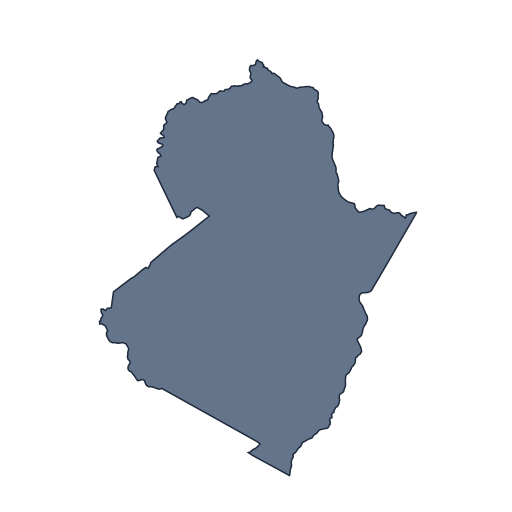 Pedra Preta, Mato Grosso, Brazil (Albers equal-area conic projection), rotated 300°
{"feature_id": "56859067B80080271615532", "entity_name": "Pedra Preta", "entity_type": "district", "adm_level": 2, "iso_a3": "BRA", "parent_name": "Brazil", "parent_adm1": "Mato Grosso", "projection": "albers", "projection_center": [-54.182, -16.79], "detail": "fine", "context": "isolated", "style": "filled", "palette": "slate", "viewbox_px": 512, "rotation_deg": 300, "n_neighbors": 0, "source": "geoboundaries", "source_scale": "gbopen_adm2", "svg_char_len": 6103}
<svg xmlns="http://www.w3.org/2000/svg" viewBox="0 0 512 512"><g transform="rotate(300 256 256)"><path d="M413.6,241.0L414.1,239.6L415.3,237.8L415.8,236.6L417.3,235.4L419.0,234.1L419.9,232.2L421.4,231.3L423.1,231.3L424.8,230.2L426.6,229.3L428.5,228.4L429.5,226.8L429.5,225.1L429.5,223.0L430.4,221.3L429.6,219.3L429.5,217.5L428.5,216.0L427.4,214.1L426.2,212.8L425.1,211.1L423.8,209.2L422.3,208.2L421.4,206.4L421.5,205.0L420.9,203.6L420.2,201.5L420.0,199.7L419.9,197.7L420.0,195.7L419.8,193.9L419.7,192.4L420.3,191.0L421.0,189.8L421.8,188.7L422.4,187.4L422.6,185.6L422.9,183.0L423.2,181.2L423.0,179.6L421.9,178.8L423.1,176.6L423.1,173.7L424.4,171.6L423.5,170.5L424.2,168.7L423.4,167.6L425.1,167.2L425.7,165.8L426.7,164.6L426.2,162.5L426.2,160.7L426.6,159.1L424.7,158.8L421.5,159.8L419.3,158.1L418.5,156.4L416.8,156.1L413.9,157.2L411.7,160.2L409.2,161.1L407.4,161.8L406.6,163.4L406.1,164.7L404.7,164.9L402.4,163.7L400.8,162.5L400.1,161.1L398.7,159.6L396.8,158.6L395.4,157.4L394.6,155.6L393.3,154.6L392.9,152.5L391.6,151.2L390.6,149.8L388.0,149.5L386.3,148.5L384.8,146.1L382.5,145.8L381.6,143.8L380.9,142.1L379.7,141.9L378.2,141.2L377.0,140.9L375.0,137.9L374.6,136.6L373.6,135.7L372.2,135.9L370.8,135.6L369.4,135.7L367.0,136.1L365.7,134.8L364.6,134.0L362.7,133.1L361.7,132.1L361.0,130.6L362.1,127.2L361.9,125.6L361.5,124.0L361.9,122.7L361.2,121.3L359.2,119.9L357.7,119.2L356.5,118.1L353.7,118.9L352.3,118.7L351.3,118.0L351.1,115.8L352.3,114.0L351.2,113.1L349.3,113.1L348.4,111.5L347.1,111.6L345.6,111.2L343.7,111.4L342.0,110.8L340.4,109.1L339.2,108.7L337.3,107.6L334.9,108.0L330.9,108.3L329.4,109.0L328.6,110.3L327.4,111.8L325.8,111.9L324.3,111.0L322.9,110.8L320.9,112.0L319.1,112.8L314.6,111.8L314.1,113.3L314.1,115.8L312.8,117.1L311.9,116.2L310.2,113.9L306.2,113.0L305.2,114.2L305.3,116.1L305.6,117.4L306.0,118.6L305.6,119.8L304.2,120.0L302.6,119.3L299.4,117.1L298.0,117.1L296.8,119.1L296.2,122.3L295.0,123.7L292.7,121.9L291.3,122.0L288.8,123.0L286.8,123.6L285.5,124.8L284.5,126.5L283.0,124.2L281.6,124.2L279.2,125.1L277.9,127.0L270.3,138.1L264.8,146.2L250.6,167.0L249.8,168.4L251.3,168.8L251.7,170.3L251.4,172.1L251.6,174.1L253.2,175.4L254.8,176.6L256.1,177.4L257.8,178.3L259.9,178.2L261.8,177.6L263.8,178.6L265.8,179.2L267.2,179.7L268.7,180.8L268.8,186.5L267.2,195.6L252.1,189.6L250.0,188.8L238.8,184.2L226.6,178.7L224.3,177.6L222.5,176.9L221.0,176.4L219.5,175.8L218.3,175.4L216.4,174.7L215.1,174.3L213.7,173.8L212.5,173.3L209.6,172.3L208.4,171.9L207.1,171.5L205.6,170.9L204.1,170.4L202.7,169.9L201.2,169.3L197.8,168.2L195.3,168.7L194.0,168.6L191.4,168.8L191.0,166.3L187.3,164.5L184.7,163.6L181.7,162.5L179.8,161.8L178.3,161.3L176.5,160.6L174.1,159.0L153.7,150.5L138.9,156.5L137.5,155.1L136.5,153.4L135.0,153.2L133.4,152.7L133.5,151.3L133.7,149.9L132.3,148.4L130.5,149.6L129.5,150.6L128.5,152.5L127.3,153.1L125.9,153.3L124.4,152.8L123.0,153.8L121.1,153.1L118.9,154.8L120.4,156.4L120.0,158.0L120.2,159.6L119.9,161.0L118.2,163.2L117.0,165.0L115.2,164.8L114.0,165.3L112.2,166.5L111.4,167.8L109.9,170.1L109.0,172.3L109.0,174.2L109.4,175.6L110.2,176.6L111.0,179.0L111.8,180.7L113.4,182.6L114.6,184.4L114.6,186.0L114.9,187.6L113.6,189.6L112.7,191.3L111.4,192.4L108.5,193.1L106.6,194.3L104.7,194.8L103.5,196.0L102.5,196.9L102.0,199.2L100.7,200.4L98.8,200.4L96.2,200.5L93.8,202.0L93.0,204.4L93.4,206.0L92.2,208.3L91.3,210.9L90.1,213.1L88.8,215.7L90.0,217.4L91.3,218.3L92.4,219.7L92.3,221.7L89.8,224.7L89.1,226.5L89.1,228.6L90.0,229.7L90.7,231.7L91.2,233.5L91.4,235.1L91.7,236.7L92.1,238.4L93.0,239.7L94.2,240.6L95.5,326.3L95.8,349.7L95.3,353.4L92.9,353.1L90.5,352.2L88.8,351.6L87.4,350.4L85.6,349.7L83.3,348.9L81.9,347.6L81.6,353.2L82.6,394.7L84.4,394.2L85.6,393.7L87.6,392.7L90.0,392.1L92.2,391.7L94.3,390.1L96.0,389.3L97.4,388.8L100.1,388.9L102.7,387.3L104.7,388.1L106.7,388.6L110.3,388.8L113.6,389.9L115.1,389.8L117.6,389.4L119.9,391.0L121.5,391.8L124.2,393.4L125.5,394.8L126.8,395.6L128.5,395.5L130.1,395.7L132.2,397.0L134.1,397.4L136.6,397.7L138.1,398.9L139.3,400.1L140.9,401.9L142.1,403.5L143.9,404.4L145.5,404.0L147.2,404.4L149.6,403.1L151.0,401.5L152.4,401.6L153.7,402.5L155.2,402.0L156.2,400.8L158.0,400.7L159.7,401.7L160.8,401.0L162.2,400.9L164.7,400.8L166.5,401.7L168.5,401.8L170.0,401.5L171.4,400.9L173.1,400.5L174.7,399.1L176.7,397.9L178.4,397.9L180.7,399.1L182.4,399.7L183.6,399.2L187.7,398.5L189.5,397.8L191.4,396.5L195.6,394.2L198.1,393.6L199.8,394.2L201.4,394.9L206.0,394.8L207.6,394.5L210.2,395.2L212.6,395.2L214.9,394.5L217.6,393.2L219.3,394.0L221.2,394.2L223.4,395.3L226.1,395.2L227.5,394.0L229.3,392.4L233.3,386.4L235.0,385.0L236.4,385.7L238.2,386.5L240.3,387.0L242.1,386.4L243.6,386.1L247.0,384.9L249.7,384.7L251.4,385.1L253.8,384.6L255.1,384.7L256.4,384.5L258.4,383.2L259.9,381.9L260.9,379.9L262.0,378.5L264.1,375.7L265.9,373.5L267.2,370.9L267.9,369.1L268.9,367.9L270.3,366.8L272.9,365.5L274.7,365.3L276.6,365.9L277.8,367.3L278.5,368.4L280.2,371.0L281.7,372.1L283.5,373.2L317.7,373.4L372.5,373.4L374.0,373.1L372.9,371.5L371.8,370.4L370.7,369.2L369.7,368.1L367.6,367.0L366.9,365.6L364.9,366.3L363.4,366.3L363.8,364.9L363.9,363.2L364.0,361.2L364.8,359.7L365.0,358.2L363.9,356.4L362.7,355.4L361.9,353.9L361.4,351.6L362.5,348.7L361.9,346.0L361.5,344.5L362.5,343.2L363.9,341.6L362.7,339.7L361.9,337.9L361.0,336.2L359.3,335.4L357.3,334.9L355.9,334.5L354.7,333.4L354.0,330.7L352.2,329.7L351.3,328.8L349.9,328.2L348.4,326.7L346.8,325.3L345.4,323.1L346.0,321.3L346.9,318.7L347.8,317.2L349.0,316.6L350.5,315.0L349.8,312.0L349.2,310.2L348.9,308.3L349.0,306.6L349.2,305.2L349.4,303.7L349.7,301.8L350.2,300.0L351.2,298.4L351.8,297.0L353.8,294.7L355.3,293.7L357.0,292.5L358.6,291.2L360.0,290.7L361.6,290.5L363.3,289.4L365.0,287.8L367.6,285.1L368.7,283.2L370.9,282.2L372.9,280.7L375.0,278.0L377.9,274.1L379.2,272.7L382.6,270.9L383.9,270.2L385.9,269.7L387.2,268.9L389.0,268.4L390.9,267.5L392.1,266.2L393.5,266.0L394.9,264.8L396.4,264.5L397.8,264.0L399.4,263.1L401.0,261.6L402.2,259.6L403.0,258.2L404.2,256.1L404.6,254.2L405.5,252.9L404.2,251.5L404.2,248.9L404.9,247.3L405.5,245.7L407.8,244.7L409.8,244.2L411.4,242.8L412.5,241.9L413.6,241.0Z" fill="#64748b" stroke="#1e293b" stroke-width="1.5"/></g></svg>